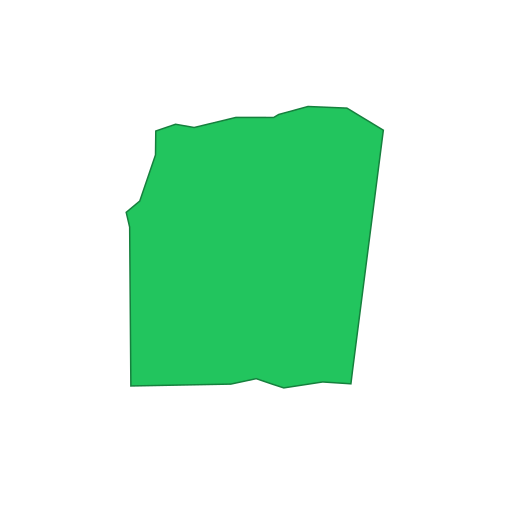 Fluvanna, Virginia, United States of America (Natural Earth projection), rotated 152°
{"feature_id": "52423323B11233597395772", "entity_name": "Fluvanna", "entity_type": "district", "adm_level": 2, "iso_a3": "USA", "parent_name": "United States of America", "parent_adm1": "Virginia", "projection": "natural_earth1", "projection_center": [-78.273, 37.848], "detail": "fine", "context": "isolated", "style": "filled", "palette": "green", "viewbox_px": 512, "rotation_deg": 152, "n_neighbors": 0, "source": "geoboundaries", "source_scale": "gbopen_adm2", "svg_char_len": 433}
<svg xmlns="http://www.w3.org/2000/svg" viewBox="0 0 512 512"><g transform="rotate(152 256 256)"><path d="M285.8,413.4L297.3,392.4L332.8,359.1L350.1,355.5L354.0,340.8L427.5,200.0L338.3,154.7L313.4,147.6L301.5,134.9L293.4,126.5L256.3,113.5L232.2,98.6L225.0,108.9L84.5,307.3L106.3,343.9L139.9,363.6L169.5,370.3L175.3,370.0L208.7,387.8L250.3,398.5L265.2,410.1L285.8,413.4Z" fill="#22c55e" stroke="#15803d" stroke-width="1.5"/></g></svg>